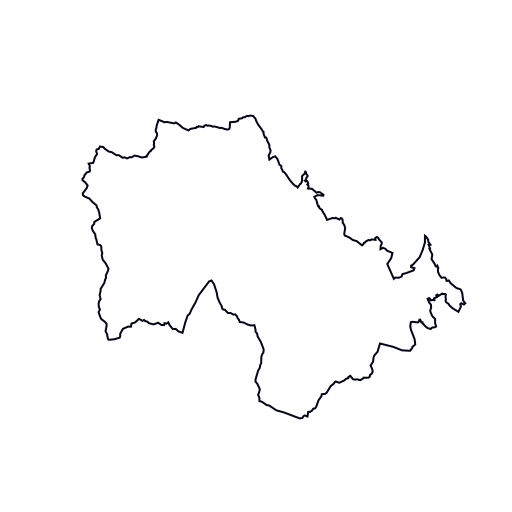 Hoa Vang, Quàng Nam, Vietnam (Equal Earth projection), rotated 334°
{"feature_id": "81297802B86432819232797", "entity_name": "Hoa Vang", "entity_type": "district", "adm_level": 2, "iso_a3": "VNM", "parent_name": "Vietnam", "parent_adm1": "Quàng Nam", "projection": "equal_earth", "projection_center": [108.008, 16.067], "detail": "fine", "context": "isolated", "style": "outline", "palette": "ink", "viewbox_px": 512, "rotation_deg": 334, "n_neighbors": 0, "source": "geoboundaries", "source_scale": "gbopen_adm2", "svg_char_len": 6126}
<svg xmlns="http://www.w3.org/2000/svg" viewBox="0 0 512 512"><g transform="rotate(334 256 256)"><path d="M373.0,291.9L371.0,292.1L370.5,293.9L367.3,291.8L365.5,292.0L364.7,291.2L363.9,291.0L361.4,291.0L359.8,291.7L358.7,291.4L357.7,292.5L356.0,292.9L352.9,286.6L350.1,284.2L347.9,280.1L344.8,276.6L344.8,275.3L345.4,274.2L348.4,270.0L348.9,266.8L348.5,264.2L349.7,261.5L349.5,259.5L348.6,259.1L346.9,259.8L344.4,256.6L343.3,256.7L341.6,255.4L335.7,254.7L335.8,249.0L335.3,244.4L335.6,243.6L334.1,241.0L334.3,238.9L333.8,238.9L333.6,238.2L334.8,231.8L334.2,229.7L334.4,228.3L338.1,228.3L342.9,231.3L343.5,230.5L341.3,226.6L339.6,225.7L338.2,225.7L335.7,220.1L332.3,218.1L333.6,216.8L333.9,215.8L333.5,214.2L334.6,214.0L334.9,212.3L334.8,211.1L333.2,210.7L332.9,209.7L334.3,209.3L335.8,207.6L337.2,207.1L337.6,206.2L337.2,204.5L337.6,202.6L337.3,201.8L335.5,203.4L332.4,204.4L330.4,208.7L328.3,210.5L327.1,210.7L323.5,212.7L323.0,211.0L322.1,210.4L320.8,207.2L319.7,202.7L318.7,195.3L317.9,192.6L317.3,192.2L317.3,188.0L318.2,186.3L317.1,184.2L317.8,178.4L317.0,174.9L314.7,174.5L310.3,175.2L311.3,171.4L314.2,169.2L315.4,167.4L315.5,164.7L316.7,161.8L316.6,157.6L317.1,154.6L316.8,153.7L316.1,153.5L316.1,152.4L316.4,149.3L317.2,147.7L316.7,146.9L316.7,145.1L315.5,138.6L315.4,134.6L315.7,132.4L314.8,128.9L312.1,127.1L310.5,127.0L309.3,126.1L306.8,126.3L304.8,125.6L303.7,126.1L300.6,125.1L299.2,126.6L296.8,126.5L291.3,124.4L288.5,129.4L287.6,130.0L286.0,130.0L283.5,128.1L281.4,125.8L279.4,124.9L275.8,121.6L273.7,120.7L273.0,119.7L270.8,118.0L269.8,117.8L268.3,116.3L266.4,116.4L265.4,117.1L261.2,114.2L260.2,114.6L259.3,113.9L258.4,114.6L252.9,113.0L250.3,113.5L246.4,108.8L244.5,104.3L242.5,100.8L240.7,101.0L234.3,96.2L232.5,95.8L228.2,90.9L223.7,95.4L222.9,96.9L221.0,98.9L220.5,100.1L220.8,102.1L220.2,104.0L217.5,106.5L214.5,108.0L213.6,110.5L212.8,111.3L212.5,113.3L210.9,114.3L208.0,114.9L207.4,115.6L206.2,115.6L204.9,116.2L202.9,117.6L201.7,117.9L201.3,118.8L196.7,117.5L193.2,114.2L190.8,112.5L187.6,112.8L185.8,111.8L183.0,111.8L180.9,109.6L179.1,109.2L177.3,105.9L176.7,105.1L174.7,104.2L171.8,99.4L169.4,97.5L167.0,93.1L166.5,91.1L163.7,89.2L161.5,90.9L160.2,90.4L159.2,90.6L158.2,91.9L158.0,94.1L157.5,94.9L154.7,96.5L150.6,100.9L146.1,99.6L146.0,102.7L144.9,103.7L144.5,106.1L143.5,107.2L140.6,106.7L137.1,108.3L135.9,109.8L133.9,110.5L133.3,112.0L134.8,114.9L135.6,118.8L133.6,120.8L127.8,123.7L127.1,125.5L127.9,127.2L131.4,131.3L132.8,136.1L134.7,140.3L134.8,141.2L134.3,142.4L134.6,144.9L134.2,147.9L132.4,153.9L125.7,154.5L124.5,156.3L121.8,157.3L120.6,159.0L120.4,162.1L121.0,166.0L119.8,169.5L119.9,170.4L118.6,176.1L120.6,177.7L121.0,178.9L120.8,180.4L119.7,182.7L119.1,186.1L117.7,187.6L116.6,192.0L117.7,197.0L117.8,202.8L116.7,204.2L112.5,207.7L111.5,210.0L110.2,210.9L107.9,213.7L102.0,217.4L100.7,219.7L98.3,222.6L97.4,226.7L95.2,227.9L93.6,229.9L92.4,232.9L92.3,235.7L89.9,237.4L89.2,243.3L89.4,245.1L91.1,248.4L92.0,251.2L91.4,252.8L87.8,257.7L87.9,260.8L86.7,265.1L86.7,266.5L88.2,267.3L92.4,268.8L97.8,269.6L98.7,268.8L99.8,266.4L104.5,263.1L110.1,263.4L112.6,264.7L114.5,262.1L118.2,262.7L123.3,261.2L125.5,264.5L127.3,264.4L127.8,265.9L129.6,267.4L130.2,269.3L133.1,271.9L134.2,272.6L138.8,273.1L140.7,276.5L143.1,277.8L143.7,277.5L144.3,276.3L146.2,277.6L148.1,277.2L148.0,280.2L149.2,285.2L151.9,286.4L153.2,289.7L156.3,292.8L163.3,284.7L168.4,279.6L171.1,278.8L174.5,275.9L181.4,271.1L187.2,266.2L202.7,258.3L205.3,258.5L205.9,262.9L204.8,271.0L203.2,276.7L202.9,282.0L203.2,286.0L202.6,288.4L203.0,289.7L204.4,290.6L205.8,294.9L208.3,296.2L209.9,298.7L211.7,299.3L212.5,302.1L212.2,304.0L212.7,305.5L212.5,308.3L215.7,310.3L218.4,313.9L220.9,316.2L224.2,317.5L223.4,321.6L222.4,323.9L223.0,326.3L222.2,328.9L222.7,335.1L222.1,342.0L221.7,343.9L220.1,346.2L218.4,347.1L216.7,348.8L213.6,354.7L212.1,355.8L210.4,358.1L207.5,360.1L201.6,366.6L200.5,368.6L201.2,371.8L201.0,377.5L198.6,380.3L197.0,381.7L196.9,384.7L195.5,387.9L197.4,389.6L200.2,394.6L202.4,396.3L206.6,403.6L212.5,408.8L224.1,421.1L226.7,421.9L228.5,420.8L229.9,420.7L231.9,422.8L234.6,419.0L236.5,419.8L238.3,419.6L240.5,418.3L242.4,418.9L244.5,417.5L248.9,413.1L253.3,410.7L254.5,409.1L257.8,410.2L259.3,410.0L266.2,405.6L269.9,404.9L271.9,403.7L272.6,403.7L275.2,406.4L280.4,406.6L283.3,405.8L285.3,406.3L285.8,405.4L288.2,405.0L289.2,409.3L290.6,410.4L292.9,411.2L295.2,413.3L298.8,413.0L299.3,412.5L303.4,414.6L305.3,414.4L306.3,412.9L308.7,412.4L310.3,410.9L310.9,408.6L311.0,404.7L314.8,402.4L317.2,398.7L318.7,397.3L323.3,395.3L329.1,389.0L339.5,397.8L345.9,404.8L352.9,408.7L356.4,407.0L356.8,406.2L360.3,405.4L362.1,400.3L362.9,390.5L363.5,388.0L363.9,386.7L366.1,383.4L367.8,383.7L372.4,386.7L373.0,386.7L375.0,384.9L375.7,385.2L375.5,388.2L376.6,388.6L376.2,390.0L376.7,390.5L377.0,392.5L378.6,396.0L381.1,398.2L383.0,397.5L385.5,398.5L387.0,398.3L387.5,395.0L389.4,391.1L388.1,387.4L388.3,382.5L389.0,381.0L390.8,379.2L391.9,376.4L391.2,373.7L391.5,369.7L393.2,369.7L393.7,371.4L393.4,372.3L393.6,372.5L395.4,372.9L396.9,374.0L397.2,373.9L397.4,372.1L400.7,372.2L400.8,370.3L401.1,370.2L402.2,370.2L402.6,371.9L406.8,371.4L407.1,372.1L409.6,373.2L409.7,374.2L408.6,375.4L407.6,378.3L406.7,379.4L406.6,380.9L407.9,383.0L408.2,384.0L408.2,385.3L410.1,389.7L413.5,394.9L418.1,391.2L418.4,388.9L419.7,388.4L421.6,390.7L423.4,390.2L422.8,388.1L422.8,386.5L425.2,379.4L425.3,376.2L424.7,375.0L422.4,373.0L421.6,371.6L419.0,365.7L418.6,362.5L416.4,362.0L416.8,360.0L416.6,358.5L415.6,357.7L413.2,356.9L412.5,353.6L412.6,350.3L413.7,347.5L414.6,346.7L414.7,344.1L413.6,344.6L413.0,344.2L413.1,341.4L412.4,335.8L415.1,332.0L415.0,325.6L415.7,325.5L416.1,321.6L417.7,322.2L417.1,318.7L417.9,316.6L417.3,313.2L416.7,311.9L413.7,318.0L408.6,323.5L402.6,328.8L393.1,332.6L391.2,332.7L390.5,334.0L393.1,336.4L391.4,338.0L382.4,337.1L380.5,336.5L379.5,336.6L377.8,338.3L374.9,338.2L371.7,336.4L369.9,337.0L370.5,320.7L376.6,317.2L380.0,313.1L376.0,308.5L375.5,306.4L373.9,304.4L370.9,304.4L372.6,301.5L374.2,300.4L375.0,298.9L373.8,295.0L373.8,293.2L373.0,291.9Z" fill="none" stroke="#020617" stroke-width="2"/></g></svg>